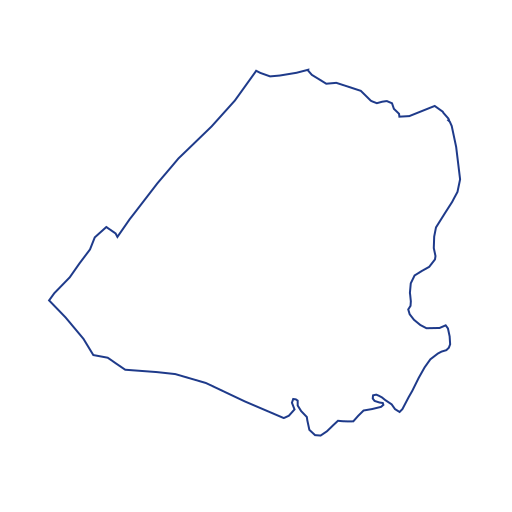 outline of B'hai, Grand Gedeh, Liberia, rotated 85°
{"feature_id": "62588387B62156042060365", "entity_name": "B'hai", "entity_type": "district", "adm_level": 2, "iso_a3": "LBR", "parent_name": "Liberia", "parent_adm1": "Grand Gedeh", "projection": "albers", "projection_center": [-8.508, 6.351], "detail": "fine", "context": "isolated", "style": "outline", "palette": "blue", "viewbox_px": 512, "rotation_deg": 85, "n_neighbors": 0, "source": "geoboundaries", "source_scale": "gbopen_adm2", "svg_char_len": 1875}
<svg xmlns="http://www.w3.org/2000/svg" viewBox="0 0 512 512"><g transform="rotate(85 256 256)"><path d="M137.3,51.9L135.8,52.4L129.8,56.8L128.5,57.4L122.1,64.9L123.8,70.6L130.0,91.1L129.9,94.2L129.7,101.0L127.3,101.1L126.8,101.1L122.2,105.1L121.4,105.8L115.7,107.2L113.1,112.1L113.1,113.4L113.3,116.8L114.3,122.3L112.2,126.6L111.3,128.1L100.6,137.2L90.5,160.9L90.5,166.9L90.5,171.0L80.4,184.6L77.1,187.0L75.9,187.9L75.0,187.7L77.0,199.6L78.3,216.7L78.3,226.3L74.0,235.7L71.5,239.7L73.0,240.9L99.3,263.5L123.1,289.0L146.2,317.5L152.0,324.7L158.8,331.5L172.8,345.7L175.1,348.0L203.7,374.3L208.3,378.6L224.9,392.4L221.3,393.9L214.1,402.6L223.4,415.0L235.0,420.8L248.0,432.5L261.0,443.4L275.4,460.1L282.2,466.0L299.7,451.8L300.7,451.0L323.5,435.1L340.5,426.7L344.4,412.6L346.2,410.4L350.8,404.9L357.9,396.2L363.0,364.9L366.6,346.7L378.2,316.9L399.9,279.8L419.8,242.6L419.7,241.9L418.0,237.2L412.2,231.0L405.3,233.0L401.7,231.4L402.3,228.8L403.7,227.1L408.6,227.5L414.5,224.5L420.8,219.4L424.2,219.2L433.8,218.0L439.6,212.8L440.5,207.3L436.8,200.6L431.1,193.6L427.3,188.7L428.1,184.4L428.8,178.8L429.2,173.5L424.0,168.0L419.3,162.3L418.6,153.8L417.2,144.6L415.4,142.1L413.5,142.5L412.7,145.8L410.7,150.5L408.2,152.1L406.2,151.8L405.0,151.5L404.6,148.3L405.8,146.0L407.8,142.9L410.7,139.9L415.6,133.8L420.6,130.9L423.9,126.6L421.3,123.5L409.9,116.2L404.0,112.1L391.7,104.6L381.6,97.7L374.1,91.3L369.0,83.3L367.4,79.5L366.4,74.6L364.2,71.9L360.9,70.3L353.0,70.1L344.9,71.1L341.6,73.1L343.7,79.4L342.8,92.5L339.0,98.4L333.3,104.2L327.4,108.0L322.5,109.0L319.1,106.4L314.7,105.7L308.2,105.8L306.2,105.9L296.7,104.2L289.2,99.7L285.3,92.0L281.9,84.4L275.0,78.0L271.7,77.2L263.6,78.2L252.2,76.8L243.2,74.2L229.2,63.6L219.1,55.8L216.1,53.9L209.7,49.7L197.4,46.0L164.8,47.1L143.5,49.7L142.1,50.2L139.2,51.2L137.6,52.6L137.3,51.9Z" fill="none" stroke="#1e3a8a" stroke-width="2"/></g></svg>